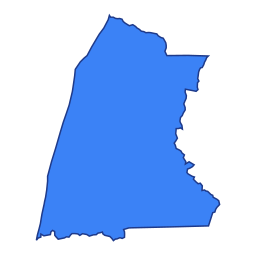 the district of Santa Helena, Paraná, Brazil
{"feature_id": "56859067B88901030092463", "entity_name": "Santa Helena", "entity_type": "district", "adm_level": 2, "iso_a3": "BRA", "parent_name": "Brazil", "parent_adm1": "Paraná", "projection": "orthographic", "projection_center": [-54.285, -24.867], "detail": "fine", "context": "isolated", "style": "filled", "palette": "blue", "viewbox_px": 256, "rotation_deg": 0, "n_neighbors": 0, "source": "geoboundaries", "source_scale": "gbopen_adm2", "svg_char_len": 2264}
<svg xmlns="http://www.w3.org/2000/svg" viewBox="0 0 256 256"><path d="M182.4,129.1L181.9,125.3L180.5,122.9L179.9,121.1L180.5,117.5L182.3,115.5L183.2,113.2L185.2,109.9L185.1,107.4L183.8,103.9L184.8,101.3L186.1,98.5L186.4,95.7L185.1,92.1L185.4,89.2L193.2,90.7L196.1,91.3L198.0,89.6L197.3,87.2L197.5,82.7L198.9,81.1L197.7,78.7L198.2,75.6L198.6,72.2L199.5,69.6L200.5,67.9L202.2,67.5L203.7,64.8L204.5,62.2L205.6,60.3L206.7,57.6L208.3,56.0L187.8,55.4L166.9,55.6L164.9,51.3L166.2,47.9L166.2,45.3L165.8,42.9L164.6,40.6L163.2,38.2L160.9,37.5L158.2,35.8L156.8,33.9L154.7,33.5L150.3,32.6L148.5,32.5L145.9,32.7L143.8,31.6L141.3,31.2L139.5,29.5L136.9,27.9L135.6,26.5L132.8,24.7L129.3,25.7L125.1,23.1L123.2,21.5L122.0,19.2L119.6,18.5L117.8,18.7L115.5,18.4L113.3,17.2L110.6,17.2L109.4,15.4L108.2,19.7L103.8,28.1L99.4,34.0L96.8,38.3L95.8,40.0L91.6,47.1L87.1,55.6L84.1,58.1L80.3,61.9L75.3,69.3L74.7,75.6L74.4,77.8L73.4,84.7L72.4,91.4L69.2,105.0L66.3,113.6L63.3,122.2L60.3,132.2L59.7,134.3L55.7,148.1L51.5,161.7L48.2,174.1L47.6,176.2L47.6,181.2L46.7,190.1L45.6,197.2L44.6,201.5L44.2,203.9L42.0,213.9L41.4,217.4L40.4,223.6L39.1,228.8L37.4,235.0L36.4,240.2L38.2,238.0L40.8,237.1L40.9,234.1L43.9,235.8L50.4,234.6L50.9,231.9L52.6,230.4L54.6,231.5L54.8,235.3L55.9,236.7L58.2,239.2L64.5,237.9L66.4,236.8L69.0,237.1L70.6,234.9L72.0,233.6L75.0,233.6L77.8,233.9L79.8,235.4L82.5,233.7L86.8,234.5L89.3,236.1L93.5,234.8L96.2,234.7L98.0,233.1L99.9,232.8L102.4,232.1L103.0,234.0L104.8,235.3L107.8,236.0L109.9,236.5L111.8,238.4L113.4,240.6L115.3,239.1L117.0,238.9L119.9,237.7L122.2,238.4L124.5,237.3L124.6,234.1L124.5,231.8L123.6,229.5L128.9,227.9L131.5,227.8L170.8,226.9L196.9,226.2L208.5,225.9L212.7,212.7L214.9,212.0L215.6,209.5L216.8,207.5L219.6,204.5L218.7,200.7L216.8,199.2L213.2,197.3L212.7,195.3L210.9,194.5L207.7,191.4L205.9,191.0L204.5,190.0L202.0,190.5L202.3,185.8L200.3,183.2L198.1,183.7L196.0,181.9L193.4,179.2L194.4,177.0L192.2,176.3L188.2,174.0L186.9,172.5L187.5,169.1L190.4,167.9L192.5,166.6L194.1,164.8L189.1,161.8L185.4,164.0L185.8,161.7L183.3,157.7L184.4,154.9L182.0,153.0L181.0,151.1L179.2,149.9L176.2,148.5L175.3,145.2L174.2,143.1L175.6,141.2L177.4,138.2L175.7,133.8L176.2,128.6L178.6,128.5L180.4,127.9L182.4,129.1Z" fill="#3b82f6" stroke="#1e3a8a" stroke-width="1.5"/></svg>